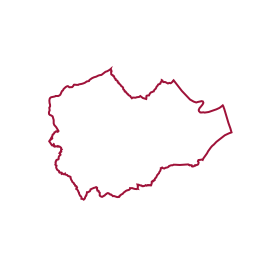 the district of Mork, Xiangkhoang, Laos, rotated 135°
{"feature_id": "54806243B65715905336268", "entity_name": "Mork", "entity_type": "district", "adm_level": 2, "iso_a3": "LAO", "parent_name": "Laos", "parent_adm1": "Xiangkhoang", "projection": "orthographic", "projection_center": [104.08, 19.054], "detail": "fine", "context": "isolated", "style": "outline", "palette": "rose", "viewbox_px": 256, "rotation_deg": 135, "n_neighbors": 0, "source": "geoboundaries", "source_scale": "gbopen_adm2", "svg_char_len": 5869}
<svg xmlns="http://www.w3.org/2000/svg" viewBox="0 0 256 256"><g transform="rotate(135 128 128)"><path d="M147.4,200.6L148.5,200.8L148.9,200.7L152.3,199.4L153.4,199.5L154.8,200.0L156.5,201.8L157.4,202.0L160.6,204.1L161.6,204.3L162.8,204.0L164.2,203.0L165.9,201.0L166.5,199.8L167.3,198.9L167.8,198.4L169.3,198.0L170.9,195.9L172.7,195.1L173.8,193.9L174.0,193.5L174.0,192.5L173.4,191.1L173.1,189.5L174.9,186.2L177.3,183.8L178.0,182.3L178.2,179.3L179.3,175.0L179.9,174.9L180.1,175.2L180.7,175.3L180.8,176.1L181.1,176.5L182.3,176.6L183.2,176.9L183.8,176.5L184.4,176.4L186.0,176.6L186.5,176.1L187.1,176.0L187.6,175.6L188.2,175.6L188.4,175.5L188.6,174.6L188.9,174.2L189.9,174.2L190.1,174.3L190.1,175.0L191.0,174.7L191.1,174.4L191.6,174.4L192.0,174.6L192.9,174.4L193.2,174.2L193.2,173.5L193.9,170.3L194.0,169.4L193.8,169.1L193.4,169.0L191.9,169.1L191.9,168.9L192.5,168.6L193.2,167.7L193.3,167.3L193.1,166.8L192.5,166.8L192.5,166.3L191.6,165.7L191.0,164.7L190.6,165.0L190.3,164.9L190.0,163.7L189.5,163.3L189.3,161.6L189.4,161.1L190.0,160.6L190.0,159.7L190.9,159.7L191.2,159.6L191.7,159.0L191.8,158.5L192.0,158.4L192.8,158.9L194.0,158.7L193.8,158.4L193.8,158.2L194.6,157.4L194.7,156.8L196.9,156.8L198.0,156.1L198.8,155.2L199.2,155.3L199.8,155.2L200.5,155.7L201.0,155.9L201.6,155.9L202.0,155.5L202.7,155.5L203.1,155.0L203.6,154.9L204.1,154.1L205.3,153.5L205.4,153.1L205.1,152.0L205.2,151.8L206.2,151.4L206.7,150.9L207.0,150.4L207.1,149.7L207.5,149.1L207.6,148.5L207.2,146.4L207.9,145.5L208.0,145.1L208.0,144.9L207.4,144.6L206.6,143.4L207.4,142.6L207.4,142.4L206.6,142.3L206.5,142.1L206.3,141.0L205.8,140.4L205.6,140.2L204.9,140.2L205.2,139.6L205.1,139.2L204.3,137.9L204.4,136.8L204.2,136.5L204.2,136.1L203.5,135.1L203.3,134.3L203.3,133.8L203.9,133.4L204.8,131.4L204.9,130.6L205.5,129.1L205.3,127.2L205.8,126.4L205.6,125.5L206.2,124.5L205.9,124.1L205.7,123.4L206.0,123.0L205.9,122.2L206.1,121.9L206.8,122.0L207.6,121.6L207.4,121.2L207.6,119.3L207.8,118.7L208.2,118.1L208.3,117.0L208.6,116.8L209.0,116.2L209.7,114.2L209.8,113.7L209.6,113.0L209.8,112.2L210.4,111.2L210.8,111.1L211.0,110.9L210.8,110.6L210.2,109.9L210.0,108.7L209.4,108.6L208.3,108.7L208.0,109.0L206.3,109.7L205.9,109.6L205.5,109.9L204.9,109.9L204.6,110.3L203.9,110.5L202.4,111.6L201.6,110.8L200.8,110.7L200.3,110.4L199.6,110.3L198.6,110.6L197.9,111.1L194.5,109.8L192.9,108.8L192.4,108.8L192.2,108.5L192.1,107.6L193.1,106.8L193.3,106.1L193.9,105.5L193.3,104.3L193.8,103.8L193.7,102.3L195.7,100.3L195.8,99.9L195.4,98.2L194.8,97.5L193.9,97.3L193.3,97.3L192.5,96.8L190.7,96.9L190.1,96.6L189.6,96.7L188.5,96.4L187.8,95.5L187.9,95.0L187.5,93.8L187.6,93.4L187.0,92.9L187.0,92.1L186.8,91.2L186.9,90.5L186.0,89.8L184.5,86.8L184.0,86.3L183.4,86.1L183.2,85.6L182.9,85.5L182.3,85.9L181.7,85.9L181.4,85.7L180.9,85.9L180.2,85.7L179.6,85.7L179.2,85.5L178.3,85.2L176.7,85.4L175.0,85.1L174.2,85.1L172.5,84.5L172.3,84.2L170.8,83.5L169.6,83.5L169.0,84.0L168.8,83.7L167.5,82.5L167.2,81.9L167.1,81.4L166.8,81.1L166.3,80.1L165.0,78.6L164.3,78.6L164.0,78.1L163.9,78.4L162.5,79.5L162.3,80.0L161.7,80.5L161.3,81.3L160.6,80.4L160.7,79.8L160.1,79.3L159.6,78.2L159.1,77.8L159.1,76.9L158.7,76.6L158.6,76.2L157.9,75.9L157.2,75.3L155.9,75.1L155.8,74.9L155.9,74.7L155.5,73.9L154.3,73.7L153.8,73.1L153.8,72.6L152.9,72.2L152.8,71.6L152.3,71.1L151.8,71.3L151.5,71.7L150.9,71.8L150.2,72.2L149.8,72.7L149.2,73.2L148.8,73.0L148.6,73.1L148.0,72.5L147.4,72.4L147.0,72.5L147.0,72.9L146.6,72.8L146.4,72.5L145.9,72.3L145.4,72.8L144.6,73.2L143.0,73.1L142.5,73.4L142.4,73.4L140.5,74.1L139.9,74.0L139.1,74.2L138.1,74.1L137.0,74.7L135.5,74.9L133.5,76.0L133.2,76.4L131.8,75.9L131.8,75.1L131.0,73.7L129.5,73.3L128.6,72.6L127.5,72.1L126.8,71.9L126.0,72.1L124.6,71.5L123.8,71.1L122.8,70.1L121.7,69.8L120.2,68.2L117.5,65.2L111.3,59.8L111.1,59.5L111.1,58.8L110.7,58.5L110.8,58.0L109.7,57.2L109.3,56.4L109.9,55.7L109.5,55.0L108.5,54.4L107.9,54.4L107.3,53.9L106.7,54.2L106.3,53.6L104.7,52.8L103.9,52.8L102.5,53.6L102.2,54.3L102.2,54.9L101.8,55.2L100.8,55.5L99.3,54.3L98.1,53.5L97.8,52.6L96.2,53.2L90.1,54.2L87.8,54.9L82.9,55.7L80.9,55.8L79.2,55.6L75.3,55.7L64.7,54.4L60.5,52.9L57.9,51.7L55.9,55.3L53.5,60.4L46.3,73.7L45.8,75.0L45.3,75.8L45.0,77.0L47.8,77.3L49.3,77.6L52.3,78.7L59.7,82.3L62.9,84.7L63.6,85.8L65.0,86.9L65.9,87.9L65.9,89.7L65.3,90.7L63.6,91.4L59.3,91.8L58.2,92.0L56.9,92.5L56.3,93.8L56.9,94.9L60.2,97.0L61.7,97.8L62.9,100.2L64.0,104.3L63.7,116.2L62.0,129.5L62.9,129.5L63.7,129.2L65.9,129.4L66.3,129.6L67.0,130.8L67.8,131.0L68.3,131.3L69.1,134.0L69.7,134.8L70.2,135.0L70.5,135.6L70.5,136.1L70.1,137.3L70.3,138.0L71.5,137.0L71.9,137.2L72.5,137.2L73.8,136.5L74.4,136.9L74.7,136.8L75.9,137.4L77.2,137.0L78.5,137.0L80.5,136.2L82.0,136.3L82.7,136.2L83.9,135.7L84.5,136.1L85.4,136.3L86.4,136.9L88.1,136.9L90.1,136.2L91.5,137.4L92.2,137.6L92.6,137.4L94.4,135.7L94.6,135.6L96.3,138.7L96.7,141.9L98.2,142.1L100.1,143.6L101.1,144.0L103.2,146.2L104.2,146.3L104.1,148.1L103.8,149.1L104.4,150.8L104.1,151.7L104.3,152.0L104.2,152.6L104.4,153.4L104.1,154.1L104.1,154.8L104.0,155.5L104.4,155.7L104.5,156.2L104.0,156.9L103.8,157.7L104.0,158.6L103.3,159.6L103.0,159.9L102.9,160.5L102.8,161.0L103.0,161.8L103.1,162.8L102.9,163.2L102.8,164.3L102.9,165.3L102.7,166.1L103.0,166.4L103.0,166.7L102.5,167.2L102.7,167.9L102.1,168.9L102.7,170.7L102.6,171.0L102.1,171.3L102.2,172.2L102.1,172.9L101.8,173.7L101.3,174.4L101.7,175.3L101.4,176.2L101.9,177.1L101.9,177.7L101.4,178.4L100.7,179.0L100.4,179.6L99.6,179.7L99.4,180.2L99.0,180.5L98.7,181.9L98.5,182.0L99.8,182.1L102.5,182.8L103.8,183.5L104.4,183.7L109.2,184.3L111.0,185.6L112.3,186.2L114.0,186.7L116.4,188.0L118.4,188.7L121.4,189.2L122.4,188.8L124.3,190.1L126.2,190.4L127.8,191.0L129.5,191.9L131.8,193.5L132.7,193.7L133.9,194.9L135.4,196.7L135.7,196.8L137.3,196.4L138.4,196.4L138.7,196.5L140.7,198.3L140.8,199.8L141.0,200.2L141.9,200.7L143.1,201.0L146.0,201.1L147.4,200.6Z" fill="none" stroke="#9f1239" stroke-width="2"/></g></svg>